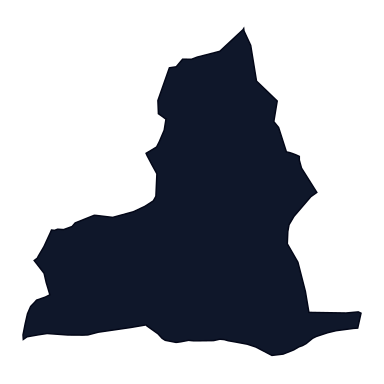 Sandamu, Katsina, Nigeria
{"feature_id": "59680162B54666922464494", "entity_name": "Sandamu", "entity_type": "district", "adm_level": 2, "iso_a3": "NGA", "parent_name": "Nigeria", "parent_adm1": "Katsina", "projection": "robinson", "projection_center": [8.364, 12.927], "detail": "fine", "context": "isolated", "style": "filled", "palette": "ink", "viewbox_px": 384, "rotation_deg": 0, "n_neighbors": 0, "source": "geoboundaries", "source_scale": "gbopen_adm2", "svg_char_len": 1562}
<svg xmlns="http://www.w3.org/2000/svg" viewBox="0 0 384 384"><path d="M23.3,339.4L27.0,336.8L38.4,334.8L47.1,333.5L68.1,335.0L83.1,335.1L87.9,334.9L98.2,332.2L130.7,327.5L146.0,324.9L146.9,325.9L158.0,333.8L162.1,338.3L165.2,340.3L176.0,342.4L177.1,342.3L180.7,341.8L184.9,341.0L188.6,340.3L191.3,340.6L193.7,340.8L197.0,340.8L205.8,340.7L213.6,340.6L218.9,339.4L219.9,339.2L224.3,339.6L228.1,340.7L236.1,342.1L247.3,344.2L255.8,347.0L271.9,355.4L283.1,354.1L293.7,349.9L298.8,346.9L302.5,345.6L306.1,343.6L312.6,338.3L316.2,336.5L327.7,332.7L336.0,330.7L353.5,328.4L357.7,328.1L361.0,313.2L358.3,311.9L346.0,313.0L308.9,312.4L305.4,291.5L297.9,262.2L287.3,243.8L287.8,231.6L289.0,224.8L294.0,216.3L310.8,196.7L316.8,192.4L301.5,168.1L299.3,160.1L299.3,156.4L295.8,154.8L292.1,153.4L289.7,152.6L286.4,151.9L278.6,127.5L273.8,121.6L277.2,101.0L256.5,81.1L250.7,45.4L244.0,31.0L243.7,28.6L242.9,29.8L219.8,51.3L197.2,57.1L191.5,59.3L182.6,59.2L176.2,66.8L169.4,67.8L157.9,100.5L158.4,113.0L158.4,113.7L160.0,114.8L165.5,118.8L166.2,119.0L165.9,119.6L164.2,130.2L159.3,141.7L156.6,147.0L146.1,153.3L147.1,155.6L151.8,164.5L154.4,169.2L156.9,173.8L155.9,196.3L153.3,200.9L144.8,206.4L133.2,211.8L112.7,217.4L96.0,215.4L94.2,215.3L91.2,216.5L75.2,222.9L72.1,226.5L63.6,229.6L57.6,229.2L54.5,230.4L51.5,230.0L50.4,232.6L46.6,240.8L44.0,246.5L38.3,256.2L37.3,258.2L34.2,260.5L44.1,273.3L46.2,282.5L47.6,287.1L49.9,294.8L45.3,297.1L36.6,300.1L34.1,302.9L30.7,306.4L27.5,313.7L25.2,323.7L23.0,334.9L23.3,339.4Z" fill="#0f172a" stroke="#020617" stroke-width="1.5"/></svg>